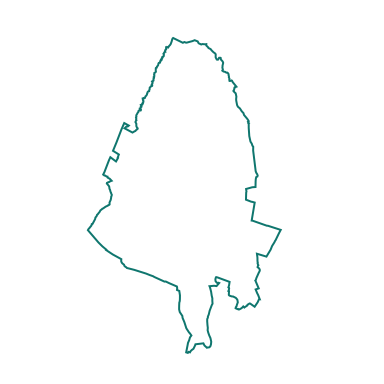 the district of Durnesti, Botosani, Romania, rotated 229°
{"feature_id": "2599482B19127823613231", "entity_name": "Durnesti", "entity_type": "district", "adm_level": 2, "iso_a3": "ROU", "parent_name": "Romania", "parent_adm1": "Botosani", "projection": "robinson", "projection_center": [27.119, 47.758], "detail": "fine", "context": "isolated", "style": "outline", "palette": "teal", "viewbox_px": 384, "rotation_deg": 229, "n_neighbors": 0, "source": "geoboundaries", "source_scale": "gbopen_adm2", "svg_char_len": 5995}
<svg xmlns="http://www.w3.org/2000/svg" viewBox="0 0 384 384"><g transform="rotate(229 192 192)"><path d="M301.9,295.1L304.8,293.6L305.6,291.3L308.1,286.2L308.6,285.5L310.2,284.6L310.6,283.0L320.6,278.8L320.6,278.2L320.3,277.4L318.9,275.3L317.6,272.9L317.3,271.7L317.2,270.4L316.7,268.8L317.9,268.3L317.9,267.8L318.2,267.4L317.0,266.6L317.0,266.2L316.7,266.0L316.5,265.3L316.6,264.7L316.0,264.3L315.8,263.6L315.4,263.6L315.6,263.1L315.2,262.4L315.3,262.0L315.0,261.5L315.0,261.1L313.9,260.8L313.6,260.3L313.1,259.8L313.0,258.7L313.4,258.4L313.4,258.1L312.6,257.4L312.8,257.0L312.7,256.7L312.1,256.4L312.3,255.5L311.9,254.5L311.8,254.3L311.5,254.5L311.5,254.0L310.6,252.7L310.7,252.4L311.0,252.2L311.2,251.6L311.0,251.0L309.9,249.6L309.7,248.9L309.7,248.1L309.4,247.4L309.0,247.1L309.3,246.1L309.2,245.9L307.2,244.1L306.5,243.7L306.3,243.1L306.5,241.5L305.6,240.9L305.4,240.3L304.3,239.8L304.1,239.5L303.9,238.5L303.3,238.5L302.9,238.0L302.8,237.4L302.5,236.9L301.7,236.5L301.3,235.9L301.3,235.6L301.7,234.7L301.6,234.3L300.9,234.4L300.6,234.2L300.5,233.9L300.1,233.7L299.6,232.2L298.7,232.1L298.3,231.6L298.8,231.0L298.5,230.6L298.6,229.4L298.4,228.4L297.3,227.4L296.9,226.5L296.3,226.0L296.2,225.8L296.6,225.2L296.6,224.3L296.3,223.6L295.8,223.1L295.7,222.6L295.1,221.9L294.7,220.6L294.7,219.5L293.9,218.3L294.0,217.5L294.8,217.0L294.7,216.4L294.9,216.1L293.4,215.2L293.0,215.3L291.9,214.5L291.9,213.6L291.2,213.3L290.6,212.0L290.7,211.8L291.1,211.6L290.9,211.2L291.1,210.8L290.6,210.8L290.5,210.4L289.9,210.3L289.4,209.6L289.5,209.4L289.9,209.2L289.5,208.8L289.0,207.9L289.3,207.3L289.2,207.2L288.5,207.2L287.8,207.6L287.4,207.3L287.2,206.7L287.4,206.5L288.3,206.7L288.5,206.7L288.2,205.8L288.2,204.6L287.6,204.1L287.4,202.8L287.0,202.0L286.6,200.6L285.9,199.7L285.2,199.4L285.0,198.6L283.8,198.0L283.2,197.2L282.6,197.1L282.3,195.9L281.9,195.2L280.1,194.8L278.2,193.2L276.6,192.7L275.7,192.8L275.3,192.3L275.4,190.5L275.2,189.3L275.5,188.4L275.9,186.1L284.3,182.9L284.4,185.2L283.6,186.6L283.6,187.9L288.5,186.1L285.5,179.8L278.9,167.4L274.9,159.4L268.3,161.4L266.6,158.3L266.2,158.4L264.9,154.7L271.8,153.2L270.4,150.1L264.5,139.0L263.4,136.4L261.9,136.7L261.5,137.2L259.4,137.8L259.0,138.3L258.1,137.8L256.0,138.6L253.2,138.7L253.7,137.4L253.9,136.1L254.4,134.9L254.7,133.4L255.1,133.0L254.5,133.3L251.0,133.2L250.3,133.0L248.5,131.8L247.5,131.6L245.5,130.6L244.5,130.4L243.9,130.0L242.6,129.7L241.9,128.9L241.4,127.8L240.8,127.3L239.4,125.5L238.2,122.9L236.7,121.7L236.6,121.3L236.8,120.5L237.0,120.2L236.9,119.6L237.6,117.2L237.9,114.2L238.2,113.3L238.1,112.8L238.2,110.8L237.5,108.9L237.4,107.9L237.0,106.1L237.1,105.5L236.3,104.0L236.1,102.4L235.3,101.4L235.0,100.8L233.2,96.1L233.5,95.4L233.1,95.1L232.9,94.2L232.6,93.8L232.2,91.3L232.1,91.1L232.0,89.8L231.5,88.4L215.2,88.3L209.8,88.7L204.6,89.5L204.5,89.1L196.6,91.3L187.7,94.6L186.3,93.2L185.0,92.7L183.9,92.6L181.7,93.0L180.5,92.5L179.1,92.7L178.4,93.0L177.4,93.0L171.2,97.3L160.6,103.8L156.9,105.7L153.9,107.4L152.6,107.8L142.5,112.4L141.6,113.5L138.1,115.0L130.6,118.6L129.2,117.8L127.9,116.4L125.7,117.5L121.9,115.1L119.1,112.6L117.7,111.2L116.8,109.8L114.7,107.8L111.9,105.3L109.4,104.0L104.8,103.4L103.2,102.3L98.9,100.9L92.8,98.3L87.8,97.6L86.8,97.7L84.1,97.4L83.6,95.1L82.1,92.8L80.7,89.9L79.7,88.7L74.8,82.4L73.3,83.3L73.6,84.5L72.3,85.3L72.8,86.5L72.9,88.4L72.7,90.2L74.1,93.5L74.8,94.7L70.3,101.3L68.0,100.7L64.7,101.1L64.7,101.5L63.6,102.8L63.4,103.4L63.6,104.8L64.6,106.4L66.4,108.3L69.7,110.1L72.4,110.9L75.2,112.0L77.4,113.1L79.1,114.8L81.6,116.5L84.4,118.6L86.1,120.1L86.8,121.6L87.6,122.3L88.5,124.2L90.8,127.4L93.7,132.8L94.2,134.2L96.6,136.0L98.4,137.6L100.9,138.9L104.2,141.0L108.2,143.0L109.4,143.4L106.8,147.1L104.9,148.8L105.5,152.8L106.1,152.5L106.8,151.4L107.4,151.2L109.3,151.3L110.8,152.4L111.6,153.5L111.9,154.4L110.8,155.2L99.5,161.4L97.3,158.8L96.1,156.9L95.6,157.1L94.9,156.8L93.8,155.4L93.4,154.5L92.8,154.8L90.2,152.3L89.7,152.2L88.6,152.6L87.0,153.6L86.3,154.4L83.4,155.6L81.2,155.6L80.5,155.3L78.7,154.2L77.3,151.7L76.4,150.4L76.4,149.8L76.1,149.0L76.1,148.6L76.4,148.3L73.6,149.6L73.4,150.1L72.5,150.3L72.0,152.0L71.8,153.8L72.0,155.6L70.5,155.7L70.5,156.1L70.1,158.9L70.2,159.6L70.5,159.9L70.1,162.3L69.7,162.7L64.3,164.0L65.7,169.2L67.2,172.4L66.7,172.8L70.8,174.3L72.9,174.8L76.7,176.1L75.5,179.1L83.5,181.7L83.4,181.9L84.8,184.1L87.4,189.7L87.8,190.9L88.5,191.9L89.2,192.3L90.4,192.5L92.3,192.2L93.3,193.8L93.3,194.1L94.0,194.2L95.3,194.8L95.4,195.2L96.9,196.1L99.5,198.3L102.8,200.5L94.4,205.8L96.9,213.5L98.7,217.0L100.0,221.3L100.5,222.3L100.8,223.5L103.8,230.5L105.2,234.1L115.3,228.0L116.8,227.1L117.4,226.4L130.6,218.9L131.3,218.3L142.9,232.4L145.2,230.9L145.7,230.4L150.8,227.7L156.1,232.6L156.5,233.3L158.8,234.8L156.1,240.5L154.1,243.2L158.3,247.0L159.9,248.6L161.1,250.2L160.8,251.5L161.4,252.4L162.8,252.9L164.3,253.1L165.9,253.7L183.1,265.3L186.0,267.9L187.4,268.0L189.2,268.8L191.7,269.2L196.6,271.9L203.2,276.9L206.1,279.4L206.5,279.5L206.0,280.1L205.6,280.2L207.1,280.0L207.9,280.4L208.3,280.4L208.3,281.3L208.7,281.4L211.0,281.7L216.0,281.8L217.8,282.6L220.3,282.5L223.6,283.0L226.2,282.6L227.5,282.9L228.1,283.1L231.9,285.3L233.1,286.2L234.9,288.1L237.8,289.7L239.6,289.5L240.2,289.6L240.8,289.9L240.9,289.5L241.0,289.5L241.3,289.8L241.3,290.3L241.6,290.9L242.9,292.5L242.6,293.3L242.9,293.5L242.4,294.6L248.1,294.8L249.8,295.2L250.3,295.0L250.7,293.8L251.2,293.2L252.3,293.8L252.9,294.6L254.3,295.0L255.1,295.8L256.1,296.2L256.9,296.9L258.2,297.1L258.9,297.0L259.5,296.2L260.8,295.9L262.3,294.8L263.7,294.5L264.1,295.6L265.9,296.5L266.6,297.3L267.3,297.9L268.8,300.0L269.4,300.5L270.8,300.8L272.7,300.7L273.3,300.9L274.4,301.6L274.9,301.3L275.5,300.5L274.8,298.6L274.9,298.3L275.7,297.6L277.9,298.1L278.5,298.5L280.2,300.1L280.6,300.3L281.8,300.3L283.3,299.9L286.0,299.7L287.7,299.8L289.8,298.9L290.4,299.1L293.2,298.9L294.2,299.8L294.7,299.0L296.9,296.8L297.3,295.7L298.2,295.4L299.0,294.9L300.0,294.6L301.9,295.1Z" fill="none" stroke="#0f766e" stroke-width="2"/></g></svg>